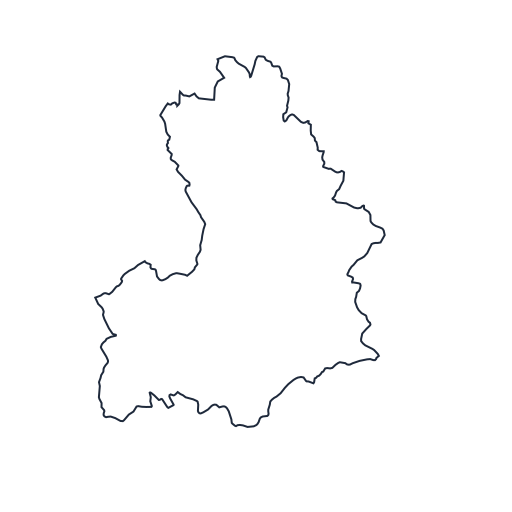 outline of Than Uyen, Lào Cai, Vietnam, rotated 195°
{"feature_id": "81297802B70449859021509", "entity_name": "Than Uyen", "entity_type": "district", "adm_level": 2, "iso_a3": "VNM", "parent_name": "Vietnam", "parent_adm1": "Lào Cai", "projection": "mercator", "projection_center": [103.85, 21.883], "detail": "fine", "context": "isolated", "style": "outline", "palette": "slate", "viewbox_px": 512, "rotation_deg": 195, "n_neighbors": 0, "source": "geoboundaries", "source_scale": "gbopen_adm2", "svg_char_len": 6097}
<svg xmlns="http://www.w3.org/2000/svg" viewBox="0 0 512 512"><g transform="rotate(195 256 256)"><path d="M400.5,174.2L396.0,168.8L391.8,166.5L390.5,165.4L388.8,163.1L388.6,161.9L388.6,159.8L388.3,159.1L386.2,155.9L379.4,148.1L374.6,143.9L374.0,143.6L371.0,143.6L370.8,143.3L370.8,142.7L375.3,140.3L378.9,137.3L379.5,135.1L381.0,133.0L382.0,130.9L382.3,127.9L381.5,126.7L374.5,120.0L372.0,116.9L371.6,115.7L371.7,114.3L373.1,111.4L373.9,108.9L374.0,107.5L373.5,104.7L374.7,100.8L374.6,97.9L375.0,93.5L373.2,90.0L371.2,78.9L370.2,77.3L367.1,74.0L366.1,70.0L362.8,67.8L362.3,66.8L362.4,64.7L362.1,63.1L361.6,62.4L360.7,61.8L359.1,61.5L357.3,62.4L354.8,63.3L350.0,63.0L344.2,61.6L341.9,62.0L341.0,63.2L337.8,69.9L334.1,74.0L332.4,79.7L330.9,80.5L327.4,80.8L322.8,81.8L318.0,83.2L317.8,84.1L320.5,88.3L321.1,92.4L323.3,96.4L323.0,96.8L322.0,96.7L318.1,95.0L312.6,91.8L311.7,92.2L310.6,93.4L309.6,93.4L302.7,87.2L301.4,86.6L297.1,90.6L297.1,91.1L301.9,96.0L303.3,97.8L303.5,99.2L302.6,100.2L299.6,100.0L299.0,100.3L298.0,101.5L296.4,104.3L293.4,103.1L290.5,102.6L287.4,101.3L279.6,101.3L275.5,100.6L274.7,100.2L273.3,97.4L272.0,91.3L271.2,90.2L270.0,89.5L269.0,89.5L268.4,89.8L266.4,91.4L262.6,95.3L260.1,99.7L258.7,101.1L257.4,101.8L255.8,102.0L252.3,100.3L249.4,102.0L248.0,102.5L246.4,102.4L244.6,101.4L242.1,98.9L237.5,91.8L236.2,88.5L235.3,87.9L232.4,86.6L231.3,86.5L230.0,87.8L228.0,88.6L224.8,89.0L219.9,88.7L214.1,90.9L212.0,92.7L211.2,93.9L210.5,96.1L210.2,99.9L209.6,101.3L208.0,102.7L203.7,104.4L203.0,105.5L203.0,106.8L204.0,109.2L204.4,110.8L204.2,116.0L204.5,118.6L204.5,119.2L203.4,121.4L201.7,123.7L199.8,125.5L196.7,129.8L194.0,136.1L191.6,140.6L187.7,146.0L185.8,148.0L184.1,149.4L181.2,150.8L178.6,151.0L175.4,148.3L174.7,148.0L172.8,148.4L167.6,147.9L167.2,149.1L167.6,153.0L166.4,153.9L165.7,155.5L164.1,156.7L163.0,158.6L162.2,161.0L161.1,161.8L160.1,165.3L158.2,166.2L155.3,166.6L153.3,167.7L151.0,171.5L148.9,174.0L147.5,175.1L141.9,175.6L140.3,174.9L138.8,174.9L137.2,175.4L134.8,177.5L128.8,181.5L122.0,184.9L119.0,186.0L115.8,185.8L114.1,186.2L113.3,187.6L113.3,188.7L111.5,191.3L113.0,192.9L117.5,195.7L119.5,196.4L127.4,198.0L130.1,199.3L132.4,201.0L133.0,203.0L133.3,208.6L130.5,214.1L128.0,218.3L127.7,219.3L127.9,219.8L128.7,221.1L130.2,221.6L132.4,223.6L133.9,226.4L134.6,227.0L139.2,228.1L142.8,230.3L145.1,232.6L148.3,237.3L148.9,240.1L148.7,242.4L149.1,246.6L147.5,248.9L147.1,251.6L147.3,254.5L148.0,255.8L148.4,256.1L150.0,256.2L154.9,255.7L156.2,255.3L156.6,256.1L156.3,258.9L157.0,260.2L158.9,260.7L162.2,261.0L162.9,261.6L163.0,262.3L162.5,264.6L162.3,266.5L160.9,270.5L159.5,272.6L157.0,278.1L153.1,281.6L151.3,283.6L149.3,287.6L147.4,297.5L146.0,298.6L144.1,299.5L141.8,300.1L139.2,301.3L137.1,309.5L139.3,313.7L140.9,315.1L143.4,315.6L148.1,316.0L150.9,316.8L153.2,318.2L154.2,319.1L154.6,320.0L156.1,325.2L158.5,327.7L163.4,329.3L163.9,329.8L164.7,332.5L165.0,332.6L166.1,331.9L167.4,329.7L169.8,328.5L170.9,328.3L173.8,328.2L182.3,330.2L191.7,328.8L193.1,329.1L193.9,330.4L196.6,330.7L197.0,331.4L196.1,332.7L195.3,334.8L195.1,338.2L194.7,339.8L193.0,342.1L192.4,345.8L191.1,351.3L192.6,359.6L194.1,360.2L195.4,360.3L196.7,358.9L198.3,358.0L199.4,357.7L201.2,357.9L206.2,359.6L207.0,359.6L208.2,359.0L214.0,359.4L214.3,359.7L214.4,360.6L213.9,362.8L214.4,364.5L216.7,366.3L217.6,368.5L217.7,370.5L217.5,373.8L217.7,374.7L221.6,373.7L222.4,373.8L224.0,374.6L224.4,376.6L227.1,381.7L228.3,382.3L229.0,382.9L229.8,385.1L231.2,386.2L234.2,387.7L235.6,391.3L237.0,397.0L239.7,397.7L240.0,399.8L240.9,399.8L243.0,397.7L244.6,396.9L245.4,396.9L247.3,397.2L256.0,402.0L257.8,402.1L259.2,401.1L260.5,399.4L261.0,398.3L261.8,394.9L262.7,393.7L263.1,393.4L264.3,394.0L265.7,397.1L266.3,400.0L264.0,402.6L264.0,407.8L264.9,409.1L265.0,414.4L265.5,417.4L266.9,419.5L267.4,420.9L267.3,423.8L268.4,430.6L270.7,434.2L272.4,435.2L275.5,435.1L276.9,435.2L277.5,435.7L278.0,436.5L278.1,438.7L281.1,443.3L282.3,444.6L282.7,444.9L284.4,444.8L287.9,443.7L289.5,444.0L291.4,446.7L292.3,447.4L295.1,447.5L296.9,447.9L297.5,448.2L299.1,450.1L300.4,450.5L305.4,449.6L306.4,448.5L307.1,444.3L306.9,440.8L307.3,428.8L307.5,427.8L308.0,427.3L308.5,428.1L309.2,430.1L310.3,431.5L314.4,435.0L315.9,435.7L322.4,437.3L324.5,438.3L326.7,439.8L328.0,441.5L328.6,441.9L330.5,441.9L337.7,440.9L344.1,436.1L342.9,434.7L342.9,428.4L342.2,426.8L341.7,426.2L338.5,424.6L332.9,419.9L338.1,414.7L339.4,408.0L336.9,396.1L340.0,395.3L352.0,393.5L354.8,394.8L357.4,397.0L361.7,392.9L365.3,392.8L367.2,392.4L368.4,392.8L371.9,395.0L371.5,391.7L369.5,383.9L369.9,382.4L370.9,380.7L371.3,382.0L372.3,381.8L373.3,383.2L374.3,383.2L376.1,382.0L376.7,381.4L377.2,380.4L377.7,380.1L379.5,380.0L380.7,380.5L382.0,377.3L384.9,367.3L384.4,366.5L382.7,365.5L379.3,362.2L378.0,360.2L374.8,352.8L372.7,350.5L370.0,348.9L369.9,345.9L370.9,344.9L371.0,344.2L370.3,342.3L370.9,340.7L370.8,339.9L370.0,338.6L368.6,337.7L368.5,337.2L369.0,336.4L368.8,335.5L363.8,332.7L363.6,331.6L363.8,328.8L363.4,327.6L362.8,327.1L361.5,326.6L358.9,326.0L354.4,323.3L354.3,322.7L355.1,319.1L353.1,317.1L348.3,314.3L344.3,311.4L340.3,310.0L339.3,309.4L338.6,307.7L338.6,306.7L340.6,306.1L341.0,305.6L341.4,303.3L341.3,301.5L340.6,300.1L332.2,291.2L325.5,285.9L323.0,283.4L320.3,281.1L319.1,279.2L314.8,275.6L313.3,273.6L313.6,268.4L313.2,261.7L312.6,257.4L312.7,252.0L311.1,247.6L311.3,245.5L312.5,242.0L313.1,238.9L312.5,236.3L310.6,233.3L310.5,232.7L312.1,229.2L312.1,227.2L312.4,226.6L313.7,224.2L317.4,219.1L319.6,219.5L324.7,219.2L328.1,218.9L328.9,218.6L331.7,216.9L334.2,214.6L335.5,212.4L337.5,210.2L339.9,208.4L340.9,208.0L342.4,208.0L343.7,208.6L346.3,210.6L348.7,215.7L349.4,216.7L350.2,217.0L353.4,216.6L354.1,216.8L355.0,217.7L355.5,220.3L357.0,220.8L359.0,220.8L360.5,221.2L361.4,221.5L362.1,222.2L367.6,216.8L370.3,212.7L374.6,209.0L378.1,204.7L379.1,203.0L380.4,199.3L380.3,198.6L378.9,197.3L378.9,196.1L379.4,194.7L380.3,192.7L381.1,191.6L382.5,190.7L383.3,189.5L385.6,184.2L387.6,181.5L388.1,181.0L391.5,181.2L393.0,180.7L394.0,179.8L395.8,177.5L400.5,174.2Z" fill="none" stroke="#1e293b" stroke-width="2"/></g></svg>